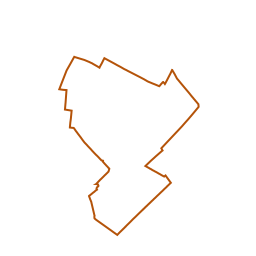 Amaru, Buzau, Romania (orthographic projection), rotated 151°
{"feature_id": "2599482B26041702067150", "entity_name": "Amaru", "entity_type": "district", "adm_level": 2, "iso_a3": "ROU", "parent_name": "Romania", "parent_adm1": "Buzau", "projection": "orthographic", "projection_center": [26.614, 44.929], "detail": "fine", "context": "isolated", "style": "outline", "palette": "amber", "viewbox_px": 256, "rotation_deg": 151, "n_neighbors": 0, "source": "geoboundaries", "source_scale": "gbopen_adm2", "svg_char_len": 4953}
<svg xmlns="http://www.w3.org/2000/svg" viewBox="0 0 256 256"><g transform="rotate(151 128 128)"><path d="M178.6,156.6L176.7,155.2L175.5,154.4L175.4,154.2L175.3,153.4L175.2,152.5L175.2,152.1L175.1,151.6L175.1,151.1L175.0,150.3L174.7,148.6L174.6,147.2L174.5,146.9L174.3,145.4L173.8,142.0L173.8,141.7L173.4,138.5L173.3,138.0L173.1,136.5L172.4,133.9L172.1,132.7L171.9,131.7L170.8,127.5L170.7,127.1L170.4,125.5L170.3,125.2L169.6,122.4L168.9,119.8L168.7,119.3L168.1,117.2L167.6,115.2L167.4,114.3L167.2,113.8L167.1,113.2L166.9,112.6L166.8,112.4L165.7,111.5L165.7,111.4L166.3,110.7L165.8,108.4L165.7,107.8L165.6,107.5L165.5,107.3L165.1,105.4L164.7,104.1L164.6,103.4L164.4,102.8L164.4,102.5L164.3,102.4L164.2,102.0L164.1,101.4L164.8,100.7L166.2,99.3L167.0,99.1L167.3,99.0L167.6,98.9L168.2,98.7L168.7,98.6L168.8,98.6L170.0,98.2L171.4,97.9L171.6,97.8L172.3,97.6L173.0,97.4L173.6,97.2L174.2,97.1L174.4,97.0L175.1,96.8L175.4,96.7L175.5,96.7L176.1,96.5L176.8,96.4L177.0,96.3L177.8,96.1L178.3,95.9L178.8,95.8L178.9,95.7L179.2,95.6L179.4,95.6L180.0,95.4L182.1,94.7L182.4,94.6L182.6,94.5L182.8,94.4L183.0,94.4L182.7,94.2L182.3,93.8L182.1,93.5L182.0,93.4L181.9,93.3L181.7,93.2L181.7,92.9L181.7,92.7L181.8,92.2L181.9,91.9L181.9,91.7L182.0,91.6L182.4,91.4L182.6,91.4L182.8,91.4L183.1,91.3L183.4,91.3L183.6,91.2L183.9,91.1L184.2,90.9L184.3,90.8L184.5,90.7L184.9,90.3L185.0,90.0L185.0,89.8L185.0,89.5L185.0,89.1L186.3,89.0L186.9,88.9L188.6,88.5L189.7,88.4L191.2,88.1L191.7,88.0L194.0,87.6L194.4,87.6L194.8,87.5L195.0,87.5L195.1,87.4L195.1,87.2L195.2,86.7L195.3,86.2L195.4,85.3L195.5,84.8L195.6,84.2L195.7,83.7L195.7,83.2L195.8,82.6L195.8,82.2L195.9,81.8L195.9,81.4L196.0,80.9L196.1,80.7L199.7,67.9L199.8,67.4L200.1,67.2L200.5,66.6L201.0,65.5L201.1,65.1L200.4,63.2L197.1,56.3L192.1,45.8L191.5,44.5L189.2,39.7L188.9,39.8L188.6,39.9L186.7,40.5L185.3,40.9L184.9,41.0L184.5,41.1L183.7,41.3L183.1,41.5L181.8,41.8L181.7,41.9L181.4,42.0L181.2,42.0L180.9,42.1L180.7,42.1L180.1,42.3L179.9,42.4L179.6,42.4L178.8,42.7L178.7,42.7L178.5,42.8L178.3,42.8L178.1,42.9L177.9,42.9L177.8,43.0L177.6,43.0L177.1,43.2L176.8,43.3L173.5,44.2L171.0,44.9L167.7,45.9L164.5,46.7L161.3,47.6L156.5,48.9L156.4,48.9L156.1,49.0L155.6,49.1L155.4,49.2L155.2,49.2L155.0,49.3L154.8,49.3L154.6,49.4L154.4,49.4L154.3,49.5L154.0,49.5L153.9,49.6L153.7,49.6L153.4,49.7L153.1,49.8L152.9,49.8L152.7,49.9L152.4,50.0L152.2,50.0L151.8,50.1L151.7,50.2L151.4,50.2L151.3,50.3L151.2,50.3L150.9,50.4L150.6,50.5L150.4,50.5L150.2,50.6L149.8,50.6L149.7,50.7L149.4,50.8L149.2,50.8L148.9,50.9L148.6,51.0L148.4,51.0L148.2,51.1L147.9,51.2L147.5,51.3L147.3,51.3L147.1,51.4L146.9,51.4L146.7,51.5L146.4,51.6L146.2,51.6L145.6,51.8L145.2,51.9L144.9,51.9L144.8,52.0L144.6,52.0L144.3,52.1L144.0,52.2L143.6,52.3L143.3,52.4L143.1,52.4L143.0,52.5L140.8,53.0L139.6,53.4L139.0,53.5L138.7,53.6L138.2,53.7L137.8,53.8L137.5,53.9L137.1,54.0L136.7,54.1L136.4,54.2L136.1,54.3L135.7,54.4L133.7,54.9L132.5,55.2L131.5,55.5L131.3,55.5L130.7,55.7L129.9,55.9L129.6,56.0L129.0,56.1L127.9,56.4L127.6,56.5L126.8,56.7L126.5,56.8L126.2,56.9L125.9,57.0L125.4,57.1L123.4,57.6L123.2,57.6L122.9,57.7L122.7,57.8L122.4,57.9L122.1,58.0L121.9,58.1L121.3,58.2L117.9,59.1L117.1,59.3L118.2,68.3L119.9,68.0L121.2,70.0L122.1,71.5L122.7,72.6L123.0,72.9L123.2,73.3L123.4,73.6L123.9,74.5L124.4,75.3L124.7,75.8L124.9,76.1L125.8,77.4L126.2,78.2L126.6,78.7L126.8,79.0L127.1,79.4L127.3,79.9L127.5,80.3L127.7,80.6L128.1,81.3L128.6,81.9L128.8,82.4L129.3,83.2L130.9,85.8L131.2,86.3L123.6,88.3L119.2,89.3L117.6,89.7L108.8,91.6L108.7,91.6L108.7,92.8L108.7,94.1L99.4,97.1L88.4,100.6L87.5,100.9L87.1,101.0L79.7,103.4L77.8,104.1L75.0,105.1L72.1,106.1L69.9,106.9L65.1,108.7L56.1,112.2L55.8,112.6L54.9,114.7L55.0,115.1L55.5,117.8L55.9,119.6L55.9,119.9L56.4,122.1L56.4,122.4L56.5,123.0L56.8,124.2L57.7,129.5L58.3,132.5L59.3,137.6L60.2,142.3L60.7,145.1L61.2,147.5L61.1,152.1L61.1,152.9L61.2,156.3L61.2,157.3L61.3,157.4L62.1,156.8L64.7,154.9L65.5,154.4L67.9,152.8L70.6,151.0L73.7,149.0L74.4,148.6L74.5,149.4L74.8,150.4L74.9,150.8L74.9,151.1L75.1,151.2L75.3,151.2L75.6,151.1L75.9,151.0L76.2,150.9L77.0,150.6L77.4,150.5L78.0,150.3L78.7,150.0L79.2,149.8L79.7,149.6L80.4,149.4L83.0,152.7L83.9,153.8L84.9,155.0L86.7,157.3L87.7,158.5L88.1,159.1L88.4,159.5L88.8,160.2L89.0,160.6L89.4,161.2L90.2,162.6L91.7,164.9L92.8,166.6L94.9,169.7L98.3,174.8L100.4,177.9L101.4,179.5L102.7,181.3L104.9,185.0L107.0,188.2L107.8,189.5L108.6,190.8L113.2,198.0L114.8,200.5L117.1,199.0L119.7,197.2L122.8,195.3L123.7,194.6L125.2,197.2L127.4,200.8L127.5,201.0L127.7,201.3L127.9,201.8L128.6,202.7L129.1,203.4L130.0,204.7L130.2,204.9L130.9,205.8L133.2,208.7L137.1,212.7L140.1,215.8L140.5,216.3L142.0,215.4L142.6,215.0L144.7,213.7L147.1,212.2L148.9,211.1L151.2,209.7L153.8,208.1L163.8,199.8L168.1,196.2L169.3,195.2L166.3,192.9L163.4,191.0L170.6,180.0L170.7,179.9L171.7,178.4L174.2,174.7L168.9,170.5L171.3,167.0L173.5,163.8L175.9,160.6L176.5,159.7L178.3,157.1L178.6,156.6Z" fill="none" stroke="#b45309" stroke-width="2"/></g></svg>